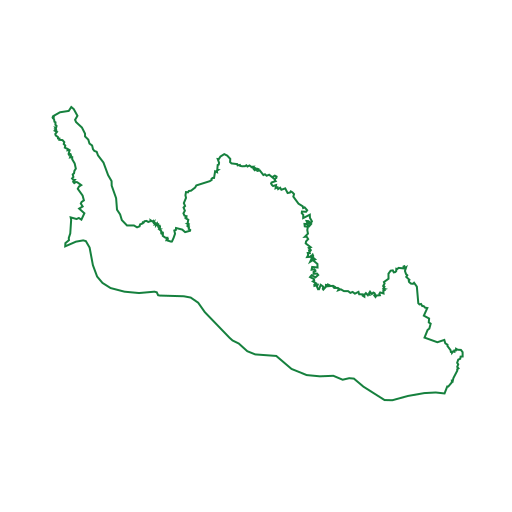 the district of Mueang Bueng Kan, Bueng Kan, Thailand, rotated 185°
{"feature_id": "78962969B58196939194054", "entity_name": "Mueang Bueng Kan", "entity_type": "district", "adm_level": 2, "iso_a3": "THA", "parent_name": "Thailand", "parent_adm1": "Bueng Kan", "projection": "robinson", "projection_center": [103.635, 18.285], "detail": "fine", "context": "isolated", "style": "outline", "palette": "green", "viewbox_px": 512, "rotation_deg": 185, "n_neighbors": 0, "source": "geoboundaries", "source_scale": "gbopen_adm2", "svg_char_len": 6075}
<svg xmlns="http://www.w3.org/2000/svg" viewBox="0 0 512 512"><g transform="rotate(185 256 256)"><path d="M446.9,249.0L436.6,254.6L429.5,256.5L426.8,256.0L422.5,249.9L417.7,232.7L412.5,221.7L406.6,215.8L398.1,211.4L383.9,209.0L369.3,208.9L354.1,211.6L351.7,211.2L350.1,208.4L348.5,208.2L324.4,209.6L317.4,208.9L309.5,204.4L302.1,195.6L275.2,172.2L272.0,169.8L265.5,167.3L256.4,160.4L248.2,157.9L227.1,158.2L210.8,146.6L195.2,141.8L181.9,141.7L168.5,143.4L158.9,140.3L152.5,142.4L147.8,142.4L137.6,135.2L115.4,123.7L107.6,124.2L92.5,129.8L76.4,134.1L65.0,135.7L56.2,135.5L54.1,142.7L53.1,142.7L49.9,147.2L50.0,148.6L49.2,148.2L48.7,151.6L45.5,159.3L45.7,160.7L44.5,161.7L45.9,163.1L45.1,165.7L46.3,167.1L45.5,170.4L43.6,171.4L43.4,173.6L41.4,173.9L41.8,178.2L43.7,180.3L46.9,180.2L48.6,181.0L48.6,179.4L50.1,179.2L50.0,177.9L51.3,178.2L52.3,176.6L52.5,177.4L53.5,177.4L54.0,179.2L57.4,183.0L57.5,184.3L59.8,185.5L61.1,188.8L67.8,185.9L81.0,189.4L78.6,197.3L77.0,198.8L76.1,203.8L78.1,204.9L78.1,208.8L83.6,211.2L80.8,219.1L83.1,219.3L84.6,220.7L86.0,220.6L87.4,222.6L88.9,222.0L90.2,223.1L93.1,239.5L96.2,243.1L97.1,242.0L99.2,242.0L101.2,243.4L101.7,244.7L101.1,245.6L104.5,248.3L103.6,250.0L105.0,251.1L106.3,254.1L105.5,257.7L106.3,257.0L107.3,258.8L108.1,258.4L108.0,256.5L112.9,256.6L114.2,255.3L115.1,255.5L115.0,253.2L115.9,252.1L117.3,251.7L118.5,253.6L120.6,253.1L122.5,249.9L122.0,244.9L126.3,241.2L125.5,239.7L126.5,237.8L125.7,237.0L126.4,236.7L125.6,235.6L126.2,234.7L124.8,234.4L125.9,233.9L125.0,233.1L126.2,232.3L125.7,229.8L129.1,230.5L129.8,229.1L129.2,227.7L132.6,227.1L133.4,225.6L134.8,227.1L134.0,228.2L134.8,229.4L135.9,229.8L137.3,228.2L139.3,230.4L140.0,229.1L139.5,227.3L140.9,227.5L141.2,226.7L143.3,228.6L144.6,226.9L144.5,224.9L146.3,225.8L146.4,227.1L149.9,226.9L150.8,229.2L154.2,227.1L156.6,228.6L158.8,227.5L161.1,229.0L165.4,228.7L168.6,230.2L171.2,229.0L170.6,230.7L171.6,231.3L175.3,231.0L175.9,231.6L175.1,232.3L176.6,233.0L182.0,232.1L180.8,233.5L181.9,233.9L182.1,233.2L183.8,233.3L183.7,231.4L186.0,228.4L186.6,229.1L186.3,231.3L189.0,232.9L190.3,228.4L191.3,228.3L192.6,230.8L192.1,232.5L195.2,231.3L195.4,232.5L193.7,234.0L197.1,235.7L195.9,236.6L196.3,238.1L200.3,239.7L198.9,241.7L194.9,239.9L192.4,242.5L193.7,243.8L197.1,243.3L197.2,245.3L195.5,246.1L195.6,246.9L196.8,247.8L199.4,247.2L199.1,250.0L193.7,249.9L194.1,253.4L198.9,256.8L196.8,257.8L198.5,259.0L199.6,256.4L201.5,255.0L200.4,258.1L200.9,260.2L199.6,259.6L199.0,261.0L199.7,262.3L201.3,260.0L205.0,259.4L204.1,261.5L204.7,263.5L202.7,263.6L203.5,265.8L202.5,265.6L201.9,266.6L204.1,268.6L202.3,269.5L207.6,272.9L207.4,274.9L205.5,277.4L207.3,279.7L209.0,279.4L206.2,282.8L207.2,286.4L206.8,289.6L210.0,289.8L210.5,292.2L208.3,292.3L205.6,290.3L204.0,292.5L207.9,293.7L208.7,295.3L206.8,295.3L204.2,293.6L203.3,295.4L205.6,298.7L206.0,301.8L212.3,297.9L212.5,301.1L214.2,302.7L214.1,304.3L210.0,304.4L209.0,306.0L211.8,308.7L213.2,307.9L213.8,309.6L218.2,311.8L224.0,318.4L223.5,321.0L225.3,322.6L227.0,323.4L227.6,322.2L230.0,321.5L232.8,325.9L236.5,324.2L237.9,326.1L239.8,324.6L240.5,326.3L242.4,325.2L242.2,328.4L245.1,327.2L246.3,328.1L247.3,329.5L246.9,330.6L243.0,332.3L243.8,333.1L243.7,334.8L242.6,335.5L242.4,336.9L244.3,337.7L246.0,336.5L245.7,335.2L250.0,338.1L252.4,336.9L254.2,338.2L255.7,337.3L259.7,341.6L261.3,341.1L261.1,342.7L262.7,343.1L263.3,341.7L264.1,342.6L264.9,341.5L266.0,342.6L265.3,343.7L267.1,343.9L266.5,344.7L268.5,344.4L270.4,345.6L272.3,344.4L273.5,345.5L274.8,344.5L277.6,344.2L279.7,344.4L280.0,345.3L282.2,344.7L282.7,345.9L288.5,346.1L290.0,347.3L290.1,350.5L293.4,353.5L296.5,354.7L300.1,352.0L301.5,349.3L302.6,349.3L300.9,345.6L301.1,343.8L302.1,343.3L302.1,338.6L301.2,338.5L302.4,337.6L302.1,336.1L304.1,336.8L304.6,330.1L306.0,330.0L307.0,329.0L306.8,327.9L308.6,326.5L321.6,321.1L322.6,318.9L326.4,315.4L328.6,314.9L329.3,313.5L331.3,313.6L331.6,310.4L330.8,307.8L332.5,302.4L331.0,299.6L332.4,298.0L330.8,294.9L332.0,292.2L330.8,290.0L328.8,289.6L329.5,288.1L328.7,288.1L328.8,287.2L326.6,286.2L327.0,283.1L326.4,282.5L327.1,282.2L325.9,281.8L326.5,281.0L325.7,280.2L326.7,279.7L325.3,278.5L325.4,277.2L323.8,276.2L323.9,275.4L328.7,273.6L331.8,275.9L338.1,276.9L338.1,275.0L339.6,274.3L338.6,271.1L339.7,266.8L341.0,263.1L341.8,262.9L345.5,263.7L345.4,264.8L346.5,264.3L346.0,266.4L347.8,266.3L350.6,267.9L350.7,270.3L351.3,270.0L351.4,271.2L352.4,270.7L352.7,272.8L354.6,274.1L353.9,274.5L354.5,274.6L355.3,275.7L354.2,275.7L354.2,277.2L355.0,277.6L355.5,276.8L355.2,277.8L356.3,277.8L356.3,278.9L357.4,278.3L357.5,279.3L358.2,278.2L358.2,279.1L359.6,278.6L359.2,280.0L360.5,280.0L360.4,281.1L360.9,280.5L361.5,281.9L362.1,281.3L364.0,282.3L363.8,281.7L366.3,280.5L368.1,281.4L370.1,280.9L370.9,279.4L371.7,279.6L371.9,278.5L374.2,277.4L374.6,275.4L377.0,274.2L380.3,275.8L387.2,275.2L392.8,280.1L395.0,285.6L398.5,290.0L400.4,301.4L405.9,313.5L406.4,318.0L410.4,323.7L416.1,335.8L422.2,342.5L423.8,345.9L426.2,346.6L427.7,348.2L428.9,351.8L431.7,353.5L433.2,357.3L436.7,360.2L437.0,363.0L440.6,368.8L446.9,373.7L448.1,375.9L446.1,380.1L450.4,386.5L453.0,388.3L455.2,384.2L463.8,382.1L470.3,377.6L470.6,376.7L469.7,376.5L470.2,375.5L469.1,374.7L468.5,372.2L467.4,371.7L467.3,369.3L466.0,368.2L466.4,365.9L467.0,366.1L466.4,365.1L467.1,364.8L466.2,363.9L467.2,363.2L465.1,362.3L466.6,360.0L466.0,358.6L463.7,357.3L463.5,355.9L462.1,355.9L462.1,354.6L458.9,354.6L456.9,352.7L457.3,350.8L455.6,349.4L455.9,347.3L452.6,346.0L452.9,344.9L452.0,345.1L452.1,345.8L450.9,345.2L451.6,341.3L451.1,340.6L450.8,341.5L449.7,341.4L449.0,339.9L449.7,338.0L447.7,338.4L447.5,336.3L444.7,332.4L443.1,327.3L444.3,325.1L444.5,322.5L445.7,321.3L444.8,318.8L446.0,317.2L444.7,316.0L443.2,316.0L444.6,314.0L443.4,312.8L441.9,314.0L440.5,313.9L436.3,311.4L438.4,309.8L439.4,307.4L434.0,301.1L432.3,296.4L434.4,294.7L435.1,293.0L433.0,290.2L436.3,287.8L430.7,283.6L433.1,277.0L435.8,278.4L438.0,277.2L444.0,278.3L443.3,275.9L443.0,262.3L444.1,257.6L443.7,255.5L447.0,252.2L446.9,249.0Z" fill="none" stroke="#15803d" stroke-width="2"/></g></svg>